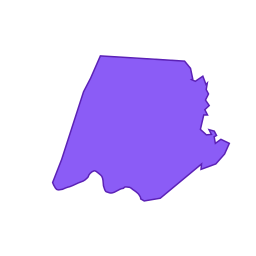 the district of Breckinridge, Kentucky, United States of America, rotated 248°
{"feature_id": "52423323B22001446499183", "entity_name": "Breckinridge", "entity_type": "district", "adm_level": 2, "iso_a3": "USA", "parent_name": "United States of America", "parent_adm1": "Kentucky", "projection": "mercator", "projection_center": [-86.516, 37.802], "detail": "fine", "context": "isolated", "style": "filled", "palette": "violet", "viewbox_px": 256, "rotation_deg": 248, "n_neighbors": 0, "source": "geoboundaries", "source_scale": "gbopen_adm2", "svg_char_len": 1116}
<svg xmlns="http://www.w3.org/2000/svg" viewBox="0 0 256 256"><g transform="rotate(248 128 128)"><path d="M105.7,37.7L103.0,37.7L99.5,38.2L97.9,38.8L97.3,39.4L96.6,40.5L95.7,44.3L95.8,47.8L95.7,49.9L95.4,52.1L95.4,55.3L95.7,61.5L95.6,66.5L96.0,68.8L97.0,71.6L97.5,72.6L99.3,74.4L100.2,76.1L100.9,78.3L101.0,80.5L100.7,81.2L99.7,82.2L97.3,83.6L94.7,85.0L93.0,85.6L91.0,85.6L88.8,85.2L83.6,83.6L79.4,83.3L77.6,83.6L77.0,84.0L74.8,86.6L74.1,87.8L73.7,89.4L73.6,91.4L74.2,97.6L74.2,99.1L73.8,101.2L74.4,102.5L74.4,102.9L74.2,104.0L72.3,107.4L71.0,108.4L69.2,109.4L66.1,111.4L63.6,112.7L62.5,113.1L59.6,113.6L58.3,113.5L57.5,113.2L54.3,115.7L50.8,131.6L67.1,182.7L62.3,180.2L61.8,196.0L67.7,207.8L75.8,216.2L82.7,209.9L81.0,203.2L87.6,204.6L87.9,207.3L92.8,206.8L96.1,202.5L90.8,203.0L92.3,198.1L99.6,194.6L111.7,203.1L110.3,206.6L116.2,206.1L118.4,211.7L124.9,210.3L129.4,215.4L134.3,214.9L139.9,218.3L139.1,216.6L148.0,216.8L146.1,207.9L149.1,205.0L149.2,206.4L159.9,208.3L168.8,205.5L195.9,148.9L205.2,129.4L188.2,112.0L178.3,100.4L123.7,54.7L105.7,37.7Z" fill="#8b5cf6" stroke="#5b21b6" stroke-width="1.5"/></g></svg>